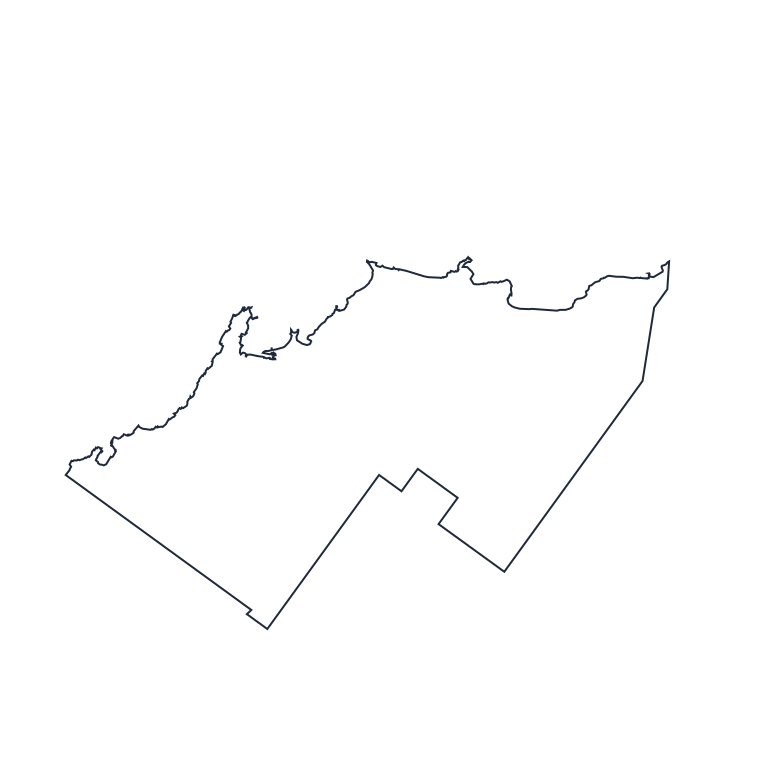 the district of 78, Madinat ach Shamal, Qatar, rotated 36°
{"feature_id": "91078587B72332727540612", "entity_name": "78", "entity_type": "district", "adm_level": 2, "iso_a3": "QAT", "parent_name": "Qatar", "parent_adm1": "Madinat ach Shamal", "projection": "albers", "projection_center": [51.051, 25.993], "detail": "fine", "context": "isolated", "style": "outline", "palette": "slate", "viewbox_px": 768, "rotation_deg": 36, "n_neighbors": 0, "source": "geoboundaries", "source_scale": "gbopen_adm2", "svg_char_len": 6165}
<svg xmlns="http://www.w3.org/2000/svg" viewBox="0 0 768 768"><g transform="rotate(36 384 384)"><path d="M591.7,465.2L591.4,229.6L557.6,163.3L557.5,140.8L542.6,117.2L541.9,118.8L541.8,121.2L541.0,123.0L539.4,125.0L539.7,126.2L542.8,128.2L543.4,129.4L539.2,139.1L535.5,141.1L533.9,138.4L534.1,138.0L533.1,139.0L533.5,138.9L536.0,142.8L534.6,143.9L534.8,144.1L529.5,147.3L529.0,147.2L528.6,148.0L526.6,149.0L523.1,152.2L514.8,156.5L508.8,160.7L502.3,164.3L501.0,166.0L500.4,167.9L499.4,168.8L499.5,169.4L497.6,171.5L497.7,174.1L495.0,177.6L493.7,182.4L492.4,183.9L493.8,187.0L493.8,188.4L493.0,190.5L495.5,192.8L495.5,193.7L494.8,196.3L493.2,198.8L490.6,201.2L489.3,204.2L490.0,205.7L490.0,208.1L491.2,210.7L490.9,211.8L489.7,214.2L487.4,217.2L482.7,220.7L481.0,222.9L459.3,236.4L457.9,237.8L449.8,243.2L444.7,245.3L441.8,245.9L437.5,245.7L434.5,243.3L433.8,242.2L433.8,241.9L434.3,242.1L434.2,241.3L433.2,237.5L433.6,237.0L434.4,237.7L435.0,237.5L434.3,236.2L430.9,232.7L429.8,230.6L429.9,229.7L425.3,227.1L422.1,227.4L420.0,231.1L418.9,232.4L417.9,232.4L416.6,235.2L415.2,235.4L413.3,237.3L412.0,237.7L410.1,239.6L408.8,240.3L408.1,242.1L406.9,243.5L405.5,244.0L405.5,244.9L404.6,245.1L401.9,247.9L398.2,250.2L397.3,250.2L392.2,248.1L391.8,242.6L389.0,241.4L382.6,240.5L378.9,243.0L378.7,240.3L379.1,238.0L380.1,236.1L381.9,234.7L382.1,232.4L379.4,232.0L379.4,232.9L377.5,232.0L377.3,235.7L376.8,236.1L376.6,237.5L375.7,237.5L375.0,239.8L374.1,240.7L374.5,244.9L375.9,246.3L376.2,247.7L377.1,247.7L377.3,249.5L376.6,250.4L375.7,250.4L375.2,251.8L371.6,253.2L372.2,254.6L370.4,256.4L370.4,257.8L371.3,259.2L371.3,260.6L370.0,262.0L369.7,262.9L368.8,262.9L367.9,264.7L367.0,265.0L357.3,271.4L353.2,273.3L335.7,279.3L328.9,282.2L328.9,283.2L327.9,282.9L325.6,284.3L323.3,284.1L323.6,285.5L322.9,286.4L315.5,289.4L313.2,289.2L312.3,291.5L309.1,292.6L307.7,292.6L307.3,292.4L306.8,290.5L302.2,292.4L301.7,293.2L299.8,294.3L298.7,293.9L297.8,294.1L298.5,295.3L299.5,295.0L300.2,295.6L301.5,295.7L308.4,298.6L309.2,300.9L310.1,301.5L311.5,304.1L312.3,306.8L312.1,309.4L312.6,311.1L311.5,317.1L309.0,322.6L306.8,326.1L307.1,330.1L305.9,332.6L305.4,334.7L304.2,336.3L304.5,337.5L306.7,339.3L307.4,340.4L307.2,342.2L308.0,343.4L308.0,347.2L305.1,350.9L304.3,351.3L303.9,350.6L302.0,351.9L300.5,349.6L300.7,349.1L300.1,348.7L299.6,349.1L301.7,352.0L300.8,352.8L301.8,356.1L301.1,357.5L301.6,358.7L300.6,361.3L299.2,362.8L299.6,363.6L299.2,364.9L299.6,368.2L298.2,372.1L297.7,375.9L297.9,379.0L296.7,381.2L297.7,383.7L297.3,385.8L295.6,387.8L294.8,389.3L294.8,390.4L295.1,391.7L295.9,392.5L299.1,391.9L300.0,392.2L300.1,393.3L300.5,394.0L300.5,395.5L298.7,397.8L294.4,399.4L287.9,399.8L285.4,397.3L284.7,393.9L283.4,391.1L282.8,390.6L282.4,391.2L283.5,392.1L281.7,395.0L278.7,396.2L278.0,395.0L276.9,394.7L278.7,397.1L278.8,398.6L280.9,399.0L282.3,402.7L282.5,406.3L281.7,412.1L280.9,413.7L275.9,420.0L273.4,422.3L271.4,420.6L273.3,422.4L271.4,424.9L268.6,427.1L267.7,428.9L267.7,430.0L274.3,427.0L274.9,425.1L275.4,425.5L276.0,423.8L276.2,424.0L275.9,425.8L277.0,426.4L276.3,425.8L277.0,423.5L277.8,423.5L277.4,425.7L277.9,426.3L277.6,425.8L278.3,424.0L278.7,423.8L279.4,424.4L278.6,425.1L278.3,426.8L278.2,427.7L278.7,428.3L281.0,427.4L281.5,427.9L279.7,429.3L280.1,429.7L279.4,429.5L277.0,430.8L276.4,430.1L275.8,430.3L273.9,432.3L272.2,432.7L271.6,433.3L271.2,432.8L270.2,433.1L265.4,435.7L259.0,438.5L256.3,440.5L256.3,442.8L255.8,442.8L254.9,441.0L253.5,440.8L252.1,441.2L251.2,441.9L250.8,444.2L248.9,443.3L247.3,440.5L246.9,439.2L247.1,435.9L246.2,435.9L246.2,436.8L243.0,435.5L243.2,434.5L241.1,430.4L239.7,430.4L240.7,429.0L239.7,429.0L239.3,427.1L242.5,426.0L243.0,423.5L242.0,423.5L241.4,418.8L240.4,417.5L239.7,416.5L237.0,415.1L237.2,414.2L236.8,413.3L236.5,409.1L236.9,408.1L239.7,408.7L241.3,406.0L241.8,405.9L242.5,404.8L241.9,404.4L239.6,408.1L237.0,407.9L237.2,407.3L236.4,406.1L234.8,404.9L233.8,404.8L231.0,402.5L230.7,401.4L231.8,400.3L231.7,399.9L230.6,401.3L229.8,401.2L229.1,401.7L229.0,405.0L228.7,405.4L227.8,405.4L227.8,407.3L226.9,407.3L226.4,404.1L226.0,404.1L226.0,405.0L225.1,405.0L225.3,406.8L225.7,407.3L225.7,410.5L225.3,411.0L225.3,412.8L224.4,414.2L224.4,415.1L223.7,416.5L222.3,417.0L222.3,416.1L221.4,416.5L222.5,419.8L223.2,423.9L224.4,424.4L224.6,428.5L227.1,429.5L227.1,431.3L226.2,432.7L226.0,434.1L225.0,434.1L225.3,441.0L226.7,447.0L227.3,447.7L228.7,447.0L228.7,447.9L231.5,447.9L233.1,454.4L231.9,457.6L231.0,457.6L230.8,464.5L231.7,465.9L231.5,466.8L232.4,466.8L234.0,470.5L232.8,475.1L231.9,475.1L232.1,478.4L233.1,479.8L233.3,481.1L232.4,481.1L232.8,483.9L231.9,483.9L231.7,488.5L232.6,490.4L232.4,493.1L233.5,493.6L234.9,497.8L234.9,502.4L236.0,502.8L236.7,505.2L236.7,506.5L236.0,508.4L234.7,507.9L235.3,509.3L235.3,510.2L234.9,510.7L235.3,513.9L236.7,515.8L237.2,517.6L235.6,521.8L234.2,521.8L234.2,523.6L232.8,523.6L232.6,525.5L233.0,526.8L233.0,529.2L231.4,531.5L233.5,531.9L233.5,533.8L232.6,535.2L231.4,538.8L230.5,538.8L231.2,544.8L230.1,549.0L229.1,549.2L226.8,551.5L225.9,551.3L225.9,552.7L224.5,552.7L224.3,555.5L223.6,556.8L222.7,556.8L222.2,558.2L214.9,562.1L211.2,562.6L209.8,561.9L209.2,569.3L210.1,570.7L208.5,574.8L207.5,574.8L207.5,575.8L206.6,575.8L206.6,576.7L203.0,577.6L203.2,579.9L202.7,580.4L202.3,582.7L201.1,584.5L197.0,585.5L196.8,587.8L197.9,590.1L197.0,590.1L197.4,591.5L198.8,591.5L198.8,591.9L197.9,591.9L197.9,592.4L199.0,592.8L199.3,594.2L199.7,594.2L199.7,593.3L203.9,594.9L205.7,595.1L205.7,596.1L206.6,596.1L207.3,602.1L206.6,603.5L205.7,603.5L206.4,612.2L205.2,614.5L202.9,615.2L201.6,616.1L199.3,616.1L198.4,615.2L196.1,615.2L195.6,615.0L194.9,610.8L194.5,610.4L194.7,605.3L195.6,605.3L195.6,603.9L193.3,603.5L193.3,602.1L191.9,602.8L190.6,602.8L189.6,603.4L189.6,604.8L188.3,604.8L188.7,607.6L187.8,607.6L187.6,610.4L188.9,613.1L188.3,616.4L187.3,616.4L186.4,619.1L185.5,619.1L184.8,621.4L182.3,624.7L180.9,625.1L180.4,626.5L178.1,627.9L177.7,629.3L176.3,629.8L177.0,633.9L179.5,634.8L179.8,637.6L180.2,638.1L180.0,644.7L409.5,644.8L408.3,650.8L433.6,650.8L433.5,460.5L461.2,460.5L461.2,432.8L510.5,432.8L510.5,465.3L591.7,465.2Z" fill="none" stroke="#1e293b" stroke-width="2"/></g></svg>